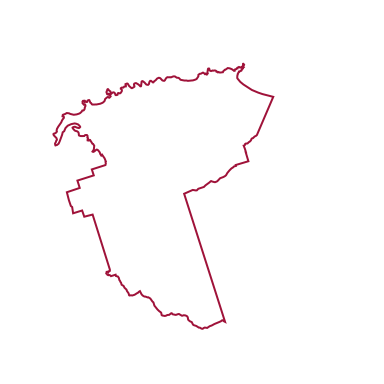 Kiama, New South Wales, Australia (orthographic projection), rotated 243°
{"feature_id": "25037944B41308394801248", "entity_name": "Kiama", "entity_type": "district", "adm_level": 2, "iso_a3": "AUS", "parent_name": "Australia", "parent_adm1": "New South Wales", "projection": "orthographic", "projection_center": [150.782, -34.696], "detail": "fine", "context": "isolated", "style": "outline", "palette": "rose", "viewbox_px": 384, "rotation_deg": 243, "n_neighbors": 0, "source": "geoboundaries", "source_scale": "gbopen_adm2", "svg_char_len": 6030}
<svg xmlns="http://www.w3.org/2000/svg" viewBox="0 0 384 384"><g transform="rotate(243 192 192)"><path d="M65.3,139.9L65.5,140.7L65.4,141.9L64.0,143.8L64.4,146.9L64.1,148.9L64.2,152.1L63.8,157.1L63.7,158.9L64.0,160.7L63.6,161.2L62.4,161.7L61.3,162.5L194.0,184.2L193.5,193.6L191.6,196.2L191.3,197.1L192.0,199.1L191.1,204.9L191.8,207.0L192.6,211.9L193.1,213.7L192.9,214.2L192.3,214.6L190.5,216.6L190.2,217.3L190.1,219.4L191.5,223.3L191.1,226.8L191.2,228.8L191.5,230.0L192.9,232.1L194.2,235.1L195.1,237.8L195.3,239.9L195.7,240.8L195.3,243.0L196.2,243.2L193.8,256.2L203.0,257.9L202.9,258.1L206.1,258.7L209.8,259.1L209.7,259.5L209.9,260.5L210.7,261.2L210.7,262.2L210.2,262.9L210.1,263.7L210.6,265.1L210.7,266.4L210.9,267.1L211.3,268.0L212.4,269.3L212.5,270.2L212.3,270.8L213.0,272.9L213.0,274.7L213.3,275.7L239.9,307.6L247.2,299.3L250.5,296.1L255.7,291.7L264.5,286.6L268.2,285.0L272.7,284.0L273.7,284.4L275.5,285.5L275.8,286.1L276.4,286.3L277.2,287.4L277.3,287.9L277.7,288.2L277.6,288.5L277.9,288.7L277.7,289.0L277.9,289.9L277.7,290.5L277.9,290.9L277.8,291.1L278.4,291.7L278.3,291.9L278.6,292.2L279.0,293.6L279.8,294.3L279.8,294.6L280.1,294.5L281.1,295.4L281.7,296.2L282.9,296.0L283.0,295.7L281.8,295.0L280.9,294.1L280.9,293.3L281.0,292.8L280.7,292.1L281.1,291.3L281.8,290.9L281.8,290.5L282.1,290.4L282.1,289.7L282.1,289.0L281.5,288.6L281.8,288.0L281.5,287.5L281.3,286.1L281.6,286.0L281.2,285.1L280.7,284.9L280.9,284.5L281.4,284.6L281.9,284.0L283.4,283.2L285.1,281.7L286.2,280.1L285.8,277.3L286.0,276.7L285.8,276.5L285.6,275.2L285.2,274.4L284.7,273.9L285.7,271.2L286.5,270.2L286.8,270.2L287.2,269.6L287.1,269.4L287.5,269.3L288.0,268.4L288.8,268.5L289.5,268.1L290.2,267.0L290.5,265.8L290.9,265.5L291.1,263.9L291.8,263.2L292.7,262.9L293.5,263.3L294.2,263.3L294.6,262.6L294.4,262.1L291.5,260.0L290.5,259.9L289.9,258.5L290.6,258.0L291.1,258.1L291.4,257.9L291.5,257.6L291.0,257.3L291.1,257.0L292.1,256.8L293.4,256.0L293.4,253.5L293.8,252.5L293.5,250.9L292.1,250.1L290.6,247.4L290.6,246.1L291.0,243.6L292.9,238.8L293.9,237.6L294.7,235.9L296.9,233.1L297.3,232.7L299.2,232.2L299.9,231.7L300.8,230.3L302.8,229.2L303.5,227.8L303.7,225.2L304.3,224.6L304.5,223.8L305.5,222.1L305.1,220.4L303.8,218.5L303.7,217.6L304.4,216.7L305.0,216.2L307.8,215.4L308.8,214.4L308.9,213.8L308.9,212.3L308.2,210.7L307.7,208.2L307.2,207.4L307.3,207.0L309.7,205.9L310.0,205.2L309.3,203.9L307.8,202.7L307.4,201.6L307.9,200.7L308.7,200.0L311.1,199.4L313.0,198.5L313.4,198.0L313.2,197.2L309.5,194.7L309.4,194.3L309.7,193.9L311.1,193.5L312.8,192.7L314.5,191.5L314.8,190.0L314.5,189.4L313.8,188.9L312.5,188.8L312.0,188.5L311.8,187.3L311.8,185.6L312.2,185.2L315.0,184.1L317.6,183.9L318.0,183.6L318.2,183.1L318.3,181.7L317.8,181.5L316.7,181.4L316.1,181.0L316.7,179.5L316.2,178.3L316.9,177.0L316.8,175.7L316.3,175.4L315.5,175.8L314.6,175.8L313.7,175.2L313.3,174.6L312.7,173.5L312.6,172.5L313.7,171.2L313.4,170.4L312.5,169.9L312.5,169.1L312.9,168.1L313.2,167.9L315.1,168.1L316.1,167.7L316.6,167.0L316.4,165.2L316.1,164.6L316.2,164.3L318.5,165.0L320.4,164.1L321.6,164.0L321.9,163.7L321.9,163.4L321.5,162.8L320.9,162.6L320.6,161.9L319.8,161.1L317.7,160.8L316.7,161.7L316.7,161.9L317.6,161.9L317.0,162.9L316.4,162.8L316.3,162.1L315.4,163.0L314.1,162.9L313.5,161.2L313.8,160.8L314.6,160.5L314.9,160.1L314.8,158.8L314.2,156.7L312.9,155.6L312.3,154.0L312.1,152.8L312.3,150.3L313.4,146.5L315.2,142.9L315.6,142.6L317.0,142.5L317.7,142.0L320.4,142.2L320.7,142.0L320.9,140.8L320.8,140.4L319.9,139.6L319.9,139.1L320.4,138.5L322.0,137.9L322.1,137.7L321.4,137.2L322.4,137.1L322.7,136.2L322.3,135.5L321.4,135.2L320.9,134.8L318.8,135.3L318.3,136.5L317.1,136.2L315.9,134.8L314.7,134.0L314.0,132.8L313.9,132.4L314.4,131.3L313.6,130.0L313.1,128.1L313.1,127.0L313.5,124.5L314.5,121.7L316.8,119.0L317.9,118.2L319.2,116.3L319.1,114.1L319.4,112.3L319.3,111.8L318.2,111.0L317.5,111.8L316.9,111.9L316.1,111.3L315.5,109.9L314.7,108.6L313.4,107.1L310.9,102.4L309.5,100.3L308.1,99.2L307.1,99.0L306.4,97.1L306.7,95.7L306.5,94.8L305.3,94.6L301.6,95.7L300.2,95.5L299.8,95.3L299.3,94.3L298.4,93.5L297.4,92.0L296.1,91.5L295.5,91.5L295.2,93.2L295.6,95.1L297.2,97.1L302.0,102.3L303.9,103.9L304.2,105.7L306.4,108.3L307.2,110.5L307.5,111.5L307.3,115.2L306.4,118.5L305.5,119.7L303.9,121.2L302.5,121.7L301.1,122.0L300.7,121.9L300.4,121.2L300.3,120.3L301.5,118.8L303.3,117.3L303.7,115.9L303.7,115.0L303.5,114.7L302.7,114.7L300.1,115.4L299.5,115.8L298.1,117.3L297.0,117.8L296.0,117.8L294.2,117.1L293.7,117.0L293.2,117.4L292.3,118.3L290.8,121.4L291.1,122.1L291.2,122.7L290.5,124.2L290.2,124.3L289.3,124.4L288.0,123.5L287.7,123.8L286.8,123.5L286.0,123.6L285.6,123.2L285.7,122.5L285.4,122.4L284.6,123.5L284.8,124.3L284.6,124.8L280.2,125.2L279.7,125.7L277.6,125.9L274.4,123.8L273.2,121.7L272.6,122.1L272.5,123.3L273.1,125.8L273.0,126.5L271.8,127.3L269.2,127.8L267.5,127.5L265.7,127.7L266.1,128.8L261.7,129.4L258.4,129.1L258.4,128.8L258.1,128.6L256.6,128.2L255.3,127.1L257.6,113.0L251.4,112.0L254.2,95.1L246.6,93.8L248.6,80.4L240.6,78.6L235.2,77.8L234.6,77.7L233.0,78.4L227.0,76.4L225.4,85.7L218.9,84.8L217.0,93.2L160.2,83.6L159.0,83.0L158.8,81.7L159.1,81.5L158.6,81.0L159.0,80.9L159.6,79.7L158.3,78.6L157.4,79.0L156.8,79.0L155.9,79.6L155.9,80.1L155.6,80.6L154.8,81.3L153.8,81.6L153.0,86.4L151.7,86.1L150.3,87.6L148.8,87.8L146.3,87.3L145.6,87.5L144.3,87.4L143.5,87.6L141.3,87.2L139.4,88.4L137.3,88.4L134.8,89.3L133.4,89.1L130.5,89.5L128.5,89.1L128.1,89.4L127.7,90.7L126.9,91.8L126.5,94.2L126.8,97.3L126.7,97.9L127.2,99.3L127.3,100.6L123.8,100.6L122.6,100.9L121.3,101.5L120.4,102.2L119.9,103.1L118.2,104.6L118.0,105.3L116.0,106.5L112.5,107.0L111.1,107.5L107.8,106.9L103.0,107.9L100.7,108.7L98.9,109.6L98.3,109.7L96.1,109.1L95.5,109.4L93.9,111.5L93.6,112.6L93.6,114.2L92.9,115.9L93.4,118.4L93.2,118.9L91.9,119.2L90.1,121.4L89.8,122.0L89.5,124.2L89.2,125.0L86.4,126.8L86.2,127.1L85.9,128.8L85.0,130.1L83.9,131.0L83.0,131.3L82.2,131.3L80.3,130.7L79.5,130.7L77.7,131.5L76.2,132.7L73.7,132.7L72.8,132.9L70.7,135.0L68.1,136.5L67.6,137.4L66.0,138.4L65.4,139.1L65.3,139.9Z" fill="none" stroke="#9f1239" stroke-width="2"/></g></svg>